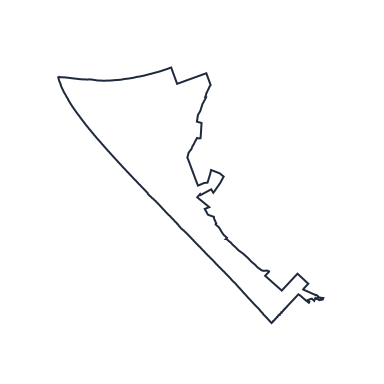 Kolkas pag., Dundagas, Latvia, rotated 254°
{"feature_id": "27541924B54610499536765", "entity_name": "Kolkas pag.", "entity_type": "district", "adm_level": 2, "iso_a3": "LVA", "parent_name": "Latvia", "parent_adm1": "Dundagas", "projection": "orthographic", "projection_center": [22.427, 57.687], "detail": "fine", "context": "isolated", "style": "outline", "palette": "slate", "viewbox_px": 384, "rotation_deg": 254, "n_neighbors": 0, "source": "geoboundaries", "source_scale": "gbopen_adm2", "svg_char_len": 5881}
<svg xmlns="http://www.w3.org/2000/svg" viewBox="0 0 384 384"><g transform="rotate(254 192 192)"><path d="M71.8,278.5L84.4,270.9L72.5,251.1L91.3,239.2L94.1,244.0L94.4,244.2L95.5,243.0L95.8,242.2L96.0,241.6L96.4,239.5L96.6,238.8L97.1,238.0L97.3,237.6L100.9,234.7L101.7,234.1L103.9,233.0L104.7,232.6L108.8,229.8L110.5,228.9L112.0,228.2L112.8,227.8L119.0,223.9L119.6,223.4L123.0,220.7L123.9,220.2L126.5,218.8L130.6,216.3L132.8,215.3L134.6,213.9L137.2,212.3L137.4,212.1L137.5,211.7L138.3,213.0L142.0,210.7L144.7,209.7L149.8,208.4L150.6,208.1L154.3,205.8L155.4,206.3L155.4,206.6L160.3,205.9L161.1,206.0L162.1,206.2L164.2,203.2L164.9,202.2L165.9,201.0L172.2,199.6L172.7,204.4L185.4,195.6L187.8,199.2L186.7,199.4L189.3,211.2L185.4,212.2L185.9,213.0L192.8,221.5L198.1,226.7L200.3,225.1L201.9,224.2L204.9,220.4L207.9,216.4L204.4,214.5L196.7,209.5L197.3,206.2L196.5,199.5L201.7,199.0L224.1,197.3L226.2,197.1L226.3,197.0L226.5,197.1L230.6,199.5L232.9,202.4L233.0,202.9L236.1,205.3L237.7,207.2L238.9,208.1L241.7,210.9L241.8,211.0L242.0,211.2L242.6,211.8L242.0,212.6L241.6,213.5L241.3,215.0L246.4,216.9L255.7,220.2L258.3,216.1L264.5,219.0L267.6,222.3L273.5,226.2L277.7,230.3L279.1,231.6L279.5,230.8L280.8,231.8L283.3,233.3L283.4,233.5L285.6,235.4L286.5,236.3L288.8,238.2L289.4,239.1L289.7,239.4L302.2,238.5L300.1,207.5L317.4,206.3L317.4,205.9L317.3,204.8L317.3,204.0L317.1,202.4L317.0,199.0L316.8,195.4L316.8,193.4L316.8,190.4L316.9,189.8L316.9,189.5L316.9,187.9L316.9,187.0L316.9,185.8L317.0,184.7L316.9,184.2L317.0,183.7L317.1,177.7L317.5,172.8L317.8,171.2L317.9,170.2L317.9,167.6L318.4,163.3L318.6,161.8L319.0,159.7L319.5,155.8L319.5,155.0L319.6,154.1L320.0,152.3L320.2,151.3L320.5,150.1L321.8,143.5L322.0,142.8L322.2,142.1L322.9,139.4L323.0,138.9L323.4,137.5L323.7,136.5L324.1,135.7L324.4,134.4L325.6,131.1L326.1,130.1L326.6,129.0L327.2,127.8L328.2,125.4L328.7,123.7L328.8,122.8L329.2,121.6L329.4,121.0L329.6,120.5L330.0,119.4L330.1,118.8L330.3,118.2L330.4,117.9L331.1,116.1L331.3,115.4L332.0,113.9L332.3,113.0L332.7,112.3L333.2,110.8L333.7,109.8L334.2,108.5L334.8,107.1L335.9,104.6L336.3,103.8L336.5,103.1L337.0,101.8L337.4,101.1L337.6,100.3L337.8,99.6L338.0,98.9L338.3,98.3L338.5,97.4L338.6,97.0L338.9,96.5L339.3,96.0L339.6,95.3L339.7,95.2L339.9,95.2L339.2,95.0L334.9,95.0L333.7,95.2L332.5,95.3L331.8,95.5L331.1,95.3L330.3,95.3L326.7,95.8L325.5,96.1L324.4,96.2L323.5,96.4L322.5,96.6L320.0,97.3L319.1,97.4L318.1,97.7L317.2,97.9L315.8,98.4L314.7,98.4L313.3,98.9L312.7,99.0L311.8,99.2L307.0,100.6L304.9,101.3L303.8,101.7L297.6,103.9L296.5,104.5L294.7,105.0L293.7,105.5L292.1,106.0L290.9,106.6L289.9,106.9L287.7,107.8L286.9,108.0L282.6,109.9L280.7,110.6L280.0,111.0L278.0,111.9L276.4,112.5L274.9,113.3L274.1,113.5L272.1,114.5L270.6,115.1L269.2,115.8L268.0,116.3L267.0,116.9L265.4,117.6L263.5,118.5L262.6,118.9L261.5,119.5L260.1,120.0L259.1,120.6L257.5,121.3L256.6,121.8L255.3,122.3L253.6,123.3L252.7,123.6L251.6,124.2L250.9,124.6L250.0,124.9L248.7,125.7L247.7,126.0L246.6,126.7L244.6,127.6L242.4,128.8L241.5,129.1L240.1,129.9L238.8,130.5L237.7,131.2L236.1,131.8L235.2,132.4L233.8,133.0L233.1,133.5L231.1,134.4L230.3,134.9L228.8,135.5L228.3,136.0L227.8,136.3L226.1,136.9L225.4,137.5L223.6,138.3L221.2,139.6L219.7,140.3L218.2,141.3L217.1,141.7L215.7,142.5L214.0,143.3L212.8,144.1L212.0,144.5L210.8,145.0L209.9,145.6L207.9,146.6L206.9,147.2L205.2,148.0L203.9,148.8L203.5,149.0L202.4,149.0L202.0,149.2L201.4,149.6L200.3,150.1L199.9,150.3L198.7,151.2L197.1,152.0L196.2,152.8L194.6,153.6L193.6,154.4L192.3,154.9L191.1,155.7L189.8,156.3L188.7,157.0L187.3,157.6L186.4,158.1L183.3,159.6L181.9,160.4L180.9,160.8L177.9,162.4L176.6,163.1L176.1,163.3L175.3,164.0L174.6,164.4L173.3,164.9L173.0,165.2L172.5,165.4L171.2,166.1L169.9,166.9L169.4,167.1L168.7,167.3L168.2,167.5L166.9,168.5L166.3,168.7L165.9,168.7L164.7,169.6L164.0,169.8L163.6,169.8L163.2,169.9L162.1,170.6L159.9,171.5L159.1,172.2L158.0,172.8L157.0,173.6L155.8,174.2L153.9,175.4L153.2,175.7L152.9,175.8L152.4,176.2L151.9,176.5L150.4,177.1L149.4,177.8L148.5,178.2L147.7,178.7L146.6,179.2L145.5,179.9L144.6,180.2L143.6,180.8L141.2,182.0L139.2,183.2L138.3,183.5L137.7,184.0L136.3,184.8L135.7,185.0L134.0,186.0L133.0,186.4L131.5,187.4L129.9,188.0L128.8,188.6L127.9,189.2L126.8,189.6L125.8,190.4L124.1,191.2L123.5,191.6L122.0,192.4L121.0,193.1L119.4,193.8L118.3,194.5L117.7,194.6L117.0,195.1L116.5,195.2L115.2,196.0L114.6,196.4L113.4,196.9L112.8,197.2L112.0,197.8L111.4,198.0L110.0,198.9L108.0,199.9L105.9,201.2L103.9,202.1L103.0,202.7L101.7,203.3L101.0,203.8L99.9,204.3L98.1,205.3L97.0,205.7L94.6,207.0L91.8,208.7L90.8,209.1L90.4,209.2L88.5,210.2L87.6,210.5L86.6,211.2L86.0,211.5L85.5,211.6L84.9,212.0L80.2,214.2L79.2,214.8L74.9,216.8L73.5,217.6L71.1,218.8L66.9,220.9L64.5,222.2L61.9,223.7L60.4,224.4L59.9,224.6L58.4,225.2L56.7,226.1L55.5,226.7L55.0,226.8L54.5,226.9L52.7,228.0L51.4,228.6L50.5,229.2L47.3,230.7L44.1,232.4L44.4,232.8L45.0,233.9L45.2,234.3L45.4,234.4L45.6,234.5L45.5,234.9L45.6,235.0L45.9,235.3L46.3,236.1L46.4,236.4L47.0,236.9L47.2,237.6L47.5,238.1L47.9,238.7L48.1,239.1L48.4,239.3L48.3,239.6L49.4,241.0L49.6,241.0L49.7,241.3L49.7,242.2L50.0,242.1L50.4,242.5L50.6,243.4L51.0,243.8L51.1,244.1L51.3,244.4L51.2,244.7L51.6,244.9L51.8,244.9L51.8,245.3L52.0,245.4L52.2,246.1L52.4,246.4L52.6,246.6L52.9,247.2L53.4,247.6L53.4,248.1L53.6,248.4L53.8,248.4L54.2,249.0L54.2,249.3L54.4,249.7L54.8,250.1L55.0,250.3L55.0,250.6L55.1,250.8L55.3,251.1L55.4,251.3L55.6,251.7L55.8,251.8L64.3,266.1L62.4,267.7L58.7,270.0L53.3,273.8L54.1,274.6L56.1,273.1L56.5,276.9L56.5,277.5L56.4,277.9L55.6,278.3L53.7,279.5L56.1,281.4L55.1,282.1L55.4,282.6L55.2,283.2L54.9,283.3L54.4,283.2L52.9,284.8L53.3,285.5L52.7,286.1L52.7,286.4L53.0,286.9L52.6,288.1L53.9,289.0L54.7,286.9L55.8,285.0L56.6,284.1L57.0,284.3L57.5,284.2L58.3,283.5L59.0,282.8L59.0,282.2L61.1,279.7L63.0,277.5L67.6,272.0L68.3,272.7L71.8,278.5Z" fill="none" stroke="#1e293b" stroke-width="2"/></g></svg>